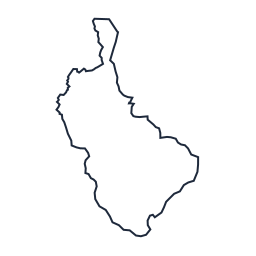 Omodos, Limassol, Cyprus (Equal Earth projection), rotated 5°
{"feature_id": "46923920B71532820386546", "entity_name": "Omodos", "entity_type": "district", "adm_level": 2, "iso_a3": "CYP", "parent_name": "Cyprus", "parent_adm1": "Limassol", "projection": "equal_earth", "projection_center": [32.802, 34.86], "detail": "fine", "context": "isolated", "style": "outline", "palette": "slate", "viewbox_px": 256, "rotation_deg": 5, "n_neighbors": 0, "source": "geoboundaries", "source_scale": "gbopen_adm2", "svg_char_len": 1895}
<svg xmlns="http://www.w3.org/2000/svg" viewBox="0 0 256 256"><g transform="rotate(5 128 128)"><path d="M55.2,116.0L58.6,118.6L58.6,119.9L61.0,120.5L61.8,124.7L64.0,127.8L66.3,133.1L68.6,138.9L72.6,145.5L73.4,150.3L78.4,151.8L82.4,152.4L86.9,152.1L90.4,156.2L91.8,159.6L88.6,163.8L88.0,167.4L89.4,171.8L89.5,176.6L92.7,177.3L95.4,181.2L98.2,182.3L100.6,184.3L101.9,188.9L100.4,195.4L101.6,201.7L106.4,208.5L113.0,211.6L117.7,217.7L118.2,218.6L120.8,223.3L127.4,225.6L132.5,229.8L138.6,229.8L145.3,234.4L150.3,234.7L155.3,232.8L159.1,227.1L156.2,223.1L155.6,218.5L157.5,213.4L160.3,212.3L162.5,214.6L168.7,209.3L170.7,204.0L172.4,198.2L175.4,194.6L179.7,189.5L185.2,186.6L188.6,180.0L192.8,177.0L196.5,175.5L198.1,174.9L201.0,165.6L201.0,158.3L200.4,150.9L198.3,150.3L193.3,148.9L189.6,143.1L186.2,140.2L182.3,139.8L179.0,138.1L176.5,134.5L171.4,133.5L167.6,133.5L161.1,135.0L160.6,130.1L159.0,125.6L155.6,124.7L153.0,122.3L146.9,118.0L146.4,114.7L142.9,115.3L138.6,116.1L134.5,116.1L132.3,115.7L130.0,112.9L129.9,106.6L131.6,103.4L128.2,103.2L126.8,103.4L127.0,102.6L127.5,102.5L127.8,102.3L129.7,97.4L125.2,97.2L121.5,96.1L119.9,95.1L116.2,91.5L115.0,87.4L113.0,83.8L113.0,78.3L110.7,72.7L108.3,65.3L104.3,62.1L106.9,49.2L108.3,43.3L109.1,37.4L109.7,33.4L108.9,32.9L99.7,21.3L85.1,22.1L83.7,24.5L84.9,27.4L86.2,29.7L85.9,31.8L87.0,33.7L89.9,35.1L89.8,38.4L91.1,41.6L91.0,45.0L93.4,47.2L95.9,49.6L94.5,52.6L93.8,55.1L93.4,58.4L95.7,60.5L95.8,62.5L97.5,66.3L92.7,69.8L91.8,70.4L90.6,71.0L89.0,72.5L87.1,73.8L83.2,74.6L81.1,75.1L80.4,73.5L78.9,72.7L75.9,75.7L74.5,77.0L74.2,76.6L72.5,76.3L72.0,73.8L68.4,74.0L66.4,77.5L64.8,80.2L63.7,82.4L64.4,83.4L64.2,84.7L63.3,85.9L64.2,87.1L63.2,89.4L66.0,91.7L64.5,93.2L64.8,95.1L63.9,95.7L63.2,97.9L61.0,100.7L57.6,100.6L55.5,104.2L56.6,106.0L55.8,107.3L55.0,108.2L57.8,110.5L56.9,113.2L55.2,116.0Z" fill="none" stroke="#1e293b" stroke-width="2"/></g></svg>